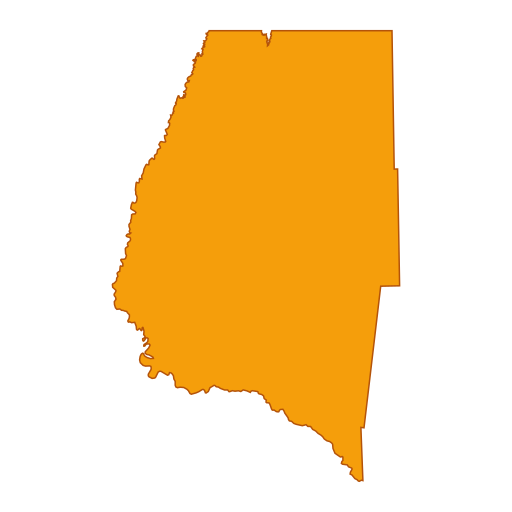 the district of General José de San Martín, Salta, Argentina
{"feature_id": "61730980B17678477966583", "entity_name": "General José de San Martín", "entity_type": "district", "adm_level": 2, "iso_a3": "ARG", "parent_name": "Argentina", "parent_adm1": "Salta", "projection": "robinson", "projection_center": [-63.954, -22.826], "detail": "fine", "context": "isolated", "style": "filled", "palette": "amber", "viewbox_px": 512, "rotation_deg": 0, "n_neighbors": 0, "source": "geoboundaries", "source_scale": "gbopen_adm2", "svg_char_len": 5978}
<svg xmlns="http://www.w3.org/2000/svg" viewBox="0 0 512 512"><path d="M392.0,30.7L271.8,30.7L270.7,34.2L270.7,34.6L271.4,34.9L271.3,36.0L270.5,37.1L270.8,38.4L269.9,39.1L269.5,40.8L269.2,40.9L269.8,41.2L269.9,41.9L268.8,42.5L269.1,43.2L268.2,43.9L268.7,44.8L267.5,45.8L267.6,44.4L266.8,42.0L267.2,41.9L266.8,41.5L267.1,40.3L267.4,39.9L267.7,40.0L267.9,39.4L267.3,38.4L266.9,38.4L267.1,38.1L266.6,37.9L266.6,36.1L266.1,35.2L266.3,34.0L265.8,34.1L265.6,34.5L264.5,35.0L264.2,34.5L264.0,34.9L263.6,34.7L263.6,35.2L262.3,34.7L262.1,34.2L262.3,33.5L261.4,32.2L261.5,30.7L209.1,30.7L208.9,31.4L207.4,32.9L207.5,34.0L206.9,33.3L206.1,33.4L206.2,34.1L207.6,35.2L205.9,37.6L206.1,38.3L206.8,38.8L206.4,39.6L205.4,40.9L203.9,40.9L204.8,42.7L203.6,43.1L203.4,43.5L204.6,44.7L203.5,45.3L203.1,46.4L203.7,46.7L204.5,46.1L204.7,46.7L202.3,48.1L201.8,48.8L203.0,49.4L202.3,51.9L202.7,52.9L201.9,53.8L202.7,53.8L202.8,54.3L202.1,54.7L201.6,56.1L200.8,56.3L200.1,55.1L198.9,54.5L198.8,52.8L197.7,53.0L197.0,53.8L197.0,54.5L198.3,54.4L198.3,56.2L197.6,55.8L196.2,56.4L195.2,58.9L195.2,59.5L196.2,59.6L196.2,60.6L195.6,60.7L195.4,60.0L194.7,59.6L193.4,59.7L192.9,60.3L193.5,60.9L194.7,60.5L194.5,61.9L195.4,62.2L195.3,63.1L193.4,64.6L193.4,65.8L194.4,66.5L194.7,67.2L193.8,67.3L193.2,68.5L193.6,69.7L192.8,70.6L191.8,72.7L192.8,73.7L192.7,74.1L192.0,74.7L191.4,74.7L190.7,76.1L189.2,76.6L187.9,77.7L187.4,78.5L187.3,79.3L187.9,80.8L189.3,80.6L188.9,81.9L186.9,82.3L185.7,83.4L185.1,84.6L185.3,86.6L186.7,87.8L186.0,90.1L183.7,91.7L183.9,92.5L185.3,92.7L185.6,93.3L185.7,94.7L184.9,95.0L183.7,94.8L183.6,95.1L183.7,95.7L185.0,96.1L185.1,97.1L184.5,97.3L183.0,96.8L182.8,97.4L183.6,97.7L183.4,98.1L182.8,98.3L181.2,97.8L180.3,98.3L179.7,97.9L178.8,95.8L178.2,95.9L176.9,99.1L176.6,101.1L175.5,102.9L175.6,103.3L176.2,103.4L176.1,104.2L175.6,105.1L174.8,105.6L173.6,108.4L173.4,110.2L174.0,111.2L172.9,112.2L173.5,113.0L172.5,113.9L172.0,115.1L171.6,115.4L170.6,115.1L171.0,117.2L169.9,119.5L168.6,120.9L168.4,122.6L169.3,122.7L169.7,123.3L169.5,125.5L167.8,128.5L165.9,129.3L165.4,129.9L167.3,134.4L166.3,135.5L164.9,135.4L164.5,135.7L164.7,138.1L165.7,141.5L165.1,142.1L163.5,142.1L161.4,141.6L160.4,141.9L158.9,144.6L160.3,146.7L160.4,148.0L158.1,149.3L157.5,150.0L156.9,153.6L154.8,155.1L154.5,155.7L154.6,158.8L154.2,159.3L153.7,159.3L152.2,158.1L151.7,158.2L149.6,160.2L149.1,161.1L148.8,164.7L148.2,164.9L146.6,164.3L146.0,164.8L144.0,168.9L143.2,173.0L141.6,175.8L142.0,179.0L139.7,178.5L139.3,179.2L139.4,181.2L138.9,182.7L138.2,182.9L136.5,182.3L136.1,183.0L135.4,190.1L135.8,192.0L135.7,194.1L136.7,195.9L137.1,197.6L136.7,200.7L136.0,202.3L135.0,203.0L133.9,203.1L132.9,202.3L132.4,202.3L131.4,204.7L130.7,208.2L131.3,209.2L135.1,211.4L135.9,212.5L135.1,213.9L132.7,214.0L131.6,214.8L131.4,218.5L130.6,220.7L130.8,222.2L129.0,224.4L129.0,226.3L130.0,229.4L129.3,231.1L129.3,231.6L129.8,232.7L130.8,233.0L129.6,234.1L128.2,233.9L127.0,234.5L126.2,235.7L126.5,236.3L127.3,236.8L130.0,237.5L130.5,238.8L130.5,239.9L130.1,240.8L127.7,242.9L127.4,244.3L128.1,245.6L127.9,246.5L126.1,247.5L125.3,248.7L125.6,253.6L126.5,255.6L125.5,258.5L124.3,259.2L121.3,259.3L120.8,259.8L120.9,260.5L122.8,263.4L122.9,265.9L121.9,266.3L120.7,265.9L120.2,266.3L119.7,271.4L118.8,271.6L117.4,272.8L117.1,273.4L117.9,276.4L116.7,278.1L116.5,280.7L114.3,283.2L113.0,283.6L112.4,284.5L112.7,287.3L115.8,290.2L116.0,290.8L115.4,292.3L114.3,293.8L114.1,294.7L114.3,295.6L115.5,297.1L116.0,299.2L114.3,301.7L114.5,304.7L115.5,307.8L116.9,309.3L119.8,309.0L121.6,310.3L123.2,310.4L124.9,311.1L126.7,311.4L127.4,312.7L129.4,314.8L129.4,316.9L129.1,318.4L127.9,320.7L128.0,321.7L128.8,322.2L129.8,321.8L131.6,322.7L134.7,322.3L136.2,326.2L136.5,329.3L136.8,329.8L137.6,330.1L139.3,328.5L139.9,328.8L141.1,330.5L141.6,330.6L141.9,330.3L142.2,327.8L142.6,327.4L143.0,327.5L144.0,331.1L143.7,334.7L144.9,336.2L145.1,337.0L144.0,338.1L142.7,338.7L142.7,340.1L143.1,340.9L143.6,341.1L144.4,340.4L146.1,337.8L147.0,337.8L148.1,338.5L147.8,341.5L146.5,342.9L144.2,344.4L143.8,345.1L143.8,346.1L144.7,346.1L146.1,344.3L146.8,344.0L149.2,344.0L149.8,344.5L150.0,345.4L148.6,348.1L145.3,351.7L145.1,353.2L146.8,354.5L149.0,354.9L152.3,356.7L153.1,357.3L153.4,358.4L150.4,358.6L146.8,357.4L144.7,356.0L143.2,353.4L142.6,353.2L141.5,353.9L140.7,355.1L140.1,356.7L139.6,359.9L140.3,362.7L143.1,365.4L145.5,366.1L149.7,365.9L150.9,366.4L151.2,367.9L151.1,369.4L148.3,374.2L148.3,375.8L149.0,376.8L152.1,378.4L154.8,378.0L155.7,377.1L158.2,372.0L159.8,371.2L161.1,371.4L167.5,375.2L168.8,374.7L169.5,372.6L171.0,372.9L172.0,373.7L173.4,375.7L173.9,379.0L175.2,381.4L175.2,385.2L175.8,386.9L177.4,387.7L180.2,387.2L183.8,387.5L187.0,389.3L188.4,390.7L190.0,393.5L191.3,394.2L196.0,392.9L198.8,391.7L202.3,389.5L203.2,389.4L204.5,390.3L205.4,392.8L206.1,393.0L208.3,391.5L210.0,387.7L214.1,385.3L215.1,385.6L216.2,386.7L218.5,387.1L220.4,388.4L224.6,390.0L227.7,390.0L228.9,391.6L229.6,391.7L232.3,390.7L235.0,391.2L238.5,390.8L240.8,391.5L243.2,389.9L247.0,390.9L250.3,392.4L251.0,391.2L252.3,390.7L257.4,391.5L258.0,391.9L258.2,393.0L258.9,393.8L261.7,394.5L263.5,395.8L264.2,398.6L266.3,400.1L266.0,402.1L266.6,402.7L269.0,402.9L269.9,404.3L271.5,408.9L272.3,410.1L274.2,410.1L276.3,411.6L278.1,411.9L278.8,411.7L279.5,410.3L280.3,409.5L282.9,409.3L284.1,411.2L284.8,413.1L288.1,417.8L288.5,419.6L289.4,420.9L291.6,421.3L293.8,423.4L296.2,424.3L302.3,425.7L306.1,424.7L307.8,426.4L310.6,426.5L312.7,429.4L315.7,431.0L318.1,433.4L320.9,435.1L322.7,436.7L324.3,439.0L326.9,440.8L329.8,441.6L331.7,443.0L332.6,444.2L333.0,448.5L335.0,453.3L340.1,456.8L340.9,457.0L342.1,456.5L342.9,457.1L342.9,460.4L341.9,461.5L341.4,463.4L342.5,464.2L347.3,464.9L348.5,466.8L351.7,468.1L352.1,469.1L350.4,472.2L350.1,474.1L351.9,474.9L354.9,478.6L357.1,479.7L358.3,481.0L359.3,481.3L361.4,480.2L362.9,480.6L360.9,427.4L364.0,427.8L380.7,286.2L399.6,285.8L397.6,169.0L394.2,169.1L392.0,30.7Z" fill="#f59e0b" stroke="#b45309" stroke-width="1.5"/></svg>